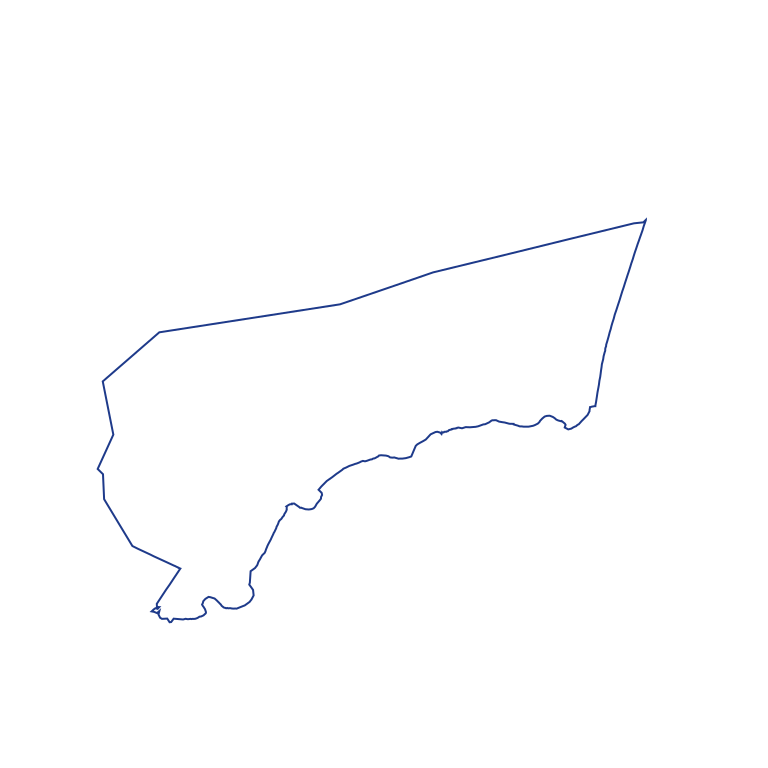 outline of Santa María Huazolotitlán, Oaxaca, Mexico, rotated 245°
{"feature_id": "50627088B3562448791337", "entity_name": "Santa María Huazolotitlán", "entity_type": "district", "adm_level": 2, "iso_a3": "MEX", "parent_name": "Mexico", "parent_adm1": "Oaxaca", "projection": "equal_earth", "projection_center": [-97.973, 16.191], "detail": "fine", "context": "isolated", "style": "outline", "palette": "blue", "viewbox_px": 768, "rotation_deg": 245, "n_neighbors": 0, "source": "geoboundaries", "source_scale": "gbopen_adm2", "svg_char_len": 5226}
<svg xmlns="http://www.w3.org/2000/svg" viewBox="0 0 768 768"><g transform="rotate(245 384 384)"><path d="M505.2,130.2L476.2,123.1L452.5,117.3L428.0,88.6L421.0,91.2L398.0,81.7L397.5,81.7L366.6,85.0L343.5,87.5L338.7,91.3L328.1,100.2L325.3,102.4L314.0,112.0L307.8,117.2L307.7,117.4L305.9,118.8L305.7,119.0L304.3,120.2L304.1,120.1L302.8,121.4L297.7,113.0L296.8,111.5L292.8,105.0L289.7,99.6L286.0,93.6L280.8,85.2L277.9,84.0L276.8,86.0L275.9,83.8L277.4,82.1L277.0,79.9L276.6,78.8L276.1,77.3L275.0,78.8L275.0,79.0L272.3,81.5L273.2,84.5L270.4,82.2L266.8,82.3L265.0,83.5L263.0,88.4L258.7,89.0L258.2,90.5L260.2,94.2L255.5,102.4L255.0,105.1L254.5,105.7L254.1,106.3L253.7,106.9L253.3,108.1L252.9,109.4L252.3,110.2L252.1,111.1L251.5,112.3L251.0,113.6L250.8,115.3L250.8,116.5L251.1,118.4L250.9,119.1L250.6,120.0L250.6,121.4L250.6,122.7L251.1,124.1L251.3,125.0L251.6,125.6L252.0,126.0L252.9,126.3L255.5,126.6L258.1,126.3L259.5,126.0L261.0,125.9L261.9,127.1L263.5,128.4L264.6,130.9L264.8,131.7L265.2,135.0L264.1,136.6L262.8,138.0L261.2,139.8L258.7,140.9L255.9,141.9L255.5,142.1L254.7,142.3L254.3,142.4L253.8,142.7L253.1,142.9L252.6,143.0L251.7,143.1L251.0,143.4L250.3,143.8L249.3,144.2L248.6,144.9L248.2,145.5L247.5,146.1L247.4,146.3L247.3,147.2L246.6,147.9L246.1,149.3L245.5,150.4L244.9,151.1L244.6,151.7L244.1,152.5L243.5,154.0L242.7,155.6L242.3,162.6L242.3,162.9L242.2,163.6L242.2,164.3L242.3,165.0L242.5,165.8L242.5,166.0L242.6,166.5L243.3,170.1L244.3,172.0L244.6,172.7L247.5,176.5L252.7,178.3L256.1,177.7L259.1,177.1L260.7,178.5L270.7,184.0L271.7,189.3L273.2,192.2L273.2,192.3L274.3,193.5L275.3,194.4L276.3,195.5L276.6,196.1L276.9,196.5L277.6,197.6L278.0,198.1L279.4,200.0L280.2,201.1L280.6,202.2L281.4,204.5L282.5,205.8L283.0,206.3L283.9,207.1L285.8,209.2L286.5,209.9L287.8,211.5L291.0,215.8L292.0,216.9L294.8,220.3L295.5,221.0L296.0,221.8L296.5,222.5L297.6,223.8L298.8,225.3L300.0,226.3L301.3,228.1L302.3,229.2L303.8,230.6L304.7,232.3L305.1,233.9L306.4,236.0L307.1,237.8L307.7,238.2L308.0,238.5L308.6,239.3L309.1,240.2L309.8,241.2L310.5,242.0L311.3,242.8L311.5,242.8L313.9,244.0L314.3,243.8L314.7,246.6L314.7,248.1L314.0,249.6L314.5,249.9L313.7,251.9L313.6,252.1L309.1,254.7L309.0,254.8L307.3,255.6L306.9,256.7L306.6,256.9L303.7,259.9L302.1,262.7L301.7,263.9L301.2,265.7L301.1,267.7L301.9,269.7L303.9,272.5L305.9,276.9L306.7,278.4L308.2,279.2L309.6,281.0L311.7,281.5L315.8,280.0L317.6,283.9L320.3,291.2L321.4,297.5L321.9,299.7L322.7,303.2L322.9,304.7L323.5,307.9L323.9,310.0L324.4,311.4L324.3,314.5L324.4,317.9L324.4,318.0L323.9,322.3L323.8,323.9L323.8,324.0L323.5,325.5L323.4,326.9L323.3,328.8L323.4,330.2L323.4,330.4L323.2,332.4L322.3,333.6L321.9,334.3L321.6,336.2L321.3,339.7L320.8,341.3L321.0,342.2L320.9,343.1L320.6,343.9L320.6,344.8L320.7,345.9L320.8,347.1L320.8,348.0L321.3,349.2L320.7,351.2L318.3,355.5L317.1,357.0L316.5,357.6L314.9,358.5L313.7,360.5L313.2,361.8L313.2,362.1L310.8,364.9L310.2,365.5L309.7,366.8L308.7,368.9L307.6,372.4L307.0,376.0L306.8,378.1L314.5,386.6L315.2,388.6L315.5,391.7L315.7,395.3L316.0,398.4L318.7,405.0L318.7,410.3L318.2,412.1L316.2,414.4L314.4,415.0L315.7,416.2L315.4,416.3L314.9,417.6L315.2,418.4L314.6,419.9L314.4,420.2L314.4,420.4L314.5,420.8L314.4,421.2L314.4,421.3L314.2,421.8L314.3,422.2L314.4,422.6L314.7,423.1L314.7,423.6L314.6,424.1L314.6,424.3L314.6,424.7L314.5,425.0L314.4,425.1L314.2,426.3L314.2,426.9L314.4,426.9L314.0,428.5L313.7,429.3L313.5,429.8L313.4,430.2L313.5,430.3L313.4,430.9L313.2,431.3L313.4,431.7L313.1,433.0L310.9,436.0L310.4,439.8L308.4,443.7L307.9,445.1L306.4,449.1L306.3,449.7L305.9,451.3L305.7,453.4L305.4,456.9L304.8,458.7L304.8,463.1L305.4,466.0L305.3,466.9L303.9,470.2L301.3,472.4L299.4,475.1L298.1,477.1L295.0,480.8L293.1,484.6L292.6,484.4L291.6,485.5L290.3,487.0L289.6,487.8L288.3,489.0L287.3,491.0L286.4,492.4L285.3,494.7L284.3,496.8L283.9,498.3L283.1,501.6L283.0,503.5L283.1,506.7L283.4,507.5L283.8,508.7L284.7,510.0L285.0,510.8L285.8,512.8L286.6,515.8L286.3,518.0L285.4,520.4L285.1,520.9L282.8,523.1L281.0,524.2L278.9,525.1L277.3,526.5L275.2,529.0L275.4,529.3L275.2,529.5L271.6,531.2L270.2,531.3L268.9,530.0L268.2,529.4L265.0,531.8L264.4,534.9L264.7,537.2L264.7,539.1L264.6,540.3L265.0,541.4L265.2,542.3L265.2,543.5L266.1,545.6L267.0,547.7L267.6,549.4L269.9,555.4L272.5,558.8L273.4,559.2L276.0,561.0L275.8,561.5L275.7,562.4L275.6,562.9L275.5,563.3L275.4,563.7L275.3,564.0L275.1,564.7L275.0,565.1L274.9,565.7L274.6,566.2L275.6,566.8L278.1,568.6L282.6,571.6L286.1,573.9L290.0,576.7L292.4,578.4L295.9,580.6L299.0,582.9L301.8,584.7L304.5,586.4L307.5,588.4L309.8,589.8L313.8,593.1L316.4,594.8L319.5,597.4L320.6,598.5L322.4,599.4L323.3,600.1L324.3,601.2L325.6,601.9L326.3,602.5L328.5,604.5L332.2,607.7L335.5,610.4L338.0,612.7L340.5,614.7L342.9,616.8L346.0,619.7L349.4,622.5L352.8,625.8L356.9,629.6L360.5,633.0L364.4,636.5L367.5,639.3L368.6,640.4L370.7,642.4L374.0,645.4L377.2,648.4L379.8,650.8L382.1,653.0L386.1,656.7L388.9,659.2L389.8,660.1L392.3,662.5L394.8,664.7L397.3,667.0L400.3,669.9L403.7,673.1L406.0,675.4L408.7,678.0L410.6,679.9L414.1,683.3L417.5,686.3L419.8,688.6L421.9,690.6L422.1,690.7L420.9,687.4L424.0,678.4L437.0,613.4L450.0,547.6L464.4,475.7L469.2,430.0L474.8,377.8L525.8,202.2L505.2,130.2Z" fill="none" stroke="#1e3a8a" stroke-width="2"/></g></svg>